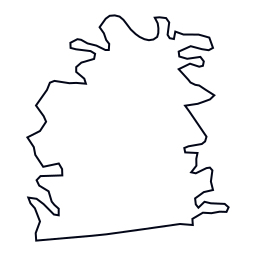 the district of Maximiliano de Almeida, Rio Grande do Sul, Brazil
{"feature_id": "56859067B14232975960576", "entity_name": "Maximiliano de Almeida", "entity_type": "district", "adm_level": 2, "iso_a3": "BRA", "parent_name": "Brazil", "parent_adm1": "Rio Grande do Sul", "projection": "robinson", "projection_center": [-51.805, -27.596], "detail": "fine", "context": "isolated", "style": "outline", "palette": "ink", "viewbox_px": 256, "rotation_deg": 0, "n_neighbors": 0, "source": "geoboundaries", "source_scale": "gbopen_adm2", "svg_char_len": 1704}
<svg xmlns="http://www.w3.org/2000/svg" viewBox="0 0 256 256"><path d="M99.6,27.2L103.9,33.3L106.2,40.0L109.2,43.9L108.8,50.0L105.4,50.0L96.4,45.6L87.5,43.4L81.1,39.8L77.4,39.2L70.4,42.8L70.6,47.9L76.0,49.3L90.6,51.1L95.1,53.8L94.1,58.9L81.4,62.6L76.2,67.1L76.2,71.9L84.3,78.7L85.9,83.7L76.2,82.9L69.4,83.2L54.4,80.9L49.9,82.7L47.0,89.9L36.0,105.5L43.7,116.2L46.1,121.7L40.0,131.0L27.4,137.4L33.8,147.1L35.3,154.9L43.2,166.8L58.8,163.5L62.1,169.1L62.3,175.4L40.5,176.1L36.6,180.2L39.2,185.6L48.6,191.3L51.7,201.6L54.4,204.9L58.7,208.7L58.7,215.3L53.9,214.5L43.6,204.1L36.6,198.8L28.3,197.6L30.5,203.3L34.9,208.3L40.0,221.5L35.7,233.1L36.2,240.6L91.8,235.8L106.5,234.3L143.4,229.2L180.0,224.0L192.8,225.0L192.4,218.9L202.9,212.7L211.4,213.2L219.6,211.7L226.5,211.9L228.6,207.3L224.7,203.9L210.8,203.3L204.5,201.8L198.4,207.7L195.8,204.4L195.1,198.4L203.8,192.1L213.0,190.0L210.9,181.5L212.4,170.4L209.9,167.6L206.5,168.1L195.8,173.3L191.2,172.3L196.4,165.7L196.3,158.8L197.5,153.0L185.2,152.4L184.3,148.0L188.5,146.3L201.8,144.0L205.1,141.4L206.5,136.7L189.4,111.6L185.1,105.7L197.8,103.8L203.2,101.9L210.0,99.4L214.3,95.3L205.5,89.7L199.2,85.5L195.2,84.8L190.5,82.5L188.3,79.7L178.7,69.2L190.0,63.7L199.2,66.7L202.9,65.8L203.8,61.4L200.4,56.9L187.2,58.8L179.3,56.5L178.7,51.6L190.7,46.2L202.0,49.2L208.7,50.2L213.0,47.9L209.3,37.6L203.0,35.8L198.6,34.6L183.4,34.5L175.3,31.6L173.9,39.0L169.7,38.2L167.6,34.8L169.2,22.5L166.1,18.1L159.5,17.3L154.8,17.7L157.7,23.3L158.4,28.2L158.3,33.0L157.2,36.9L153.4,39.5L148.9,40.2L144.4,39.2L139.6,36.9L135.7,34.1L130.8,29.5L126.1,23.3L123.4,19.8L119.6,16.6L114.8,15.4L109.7,15.8L105.7,18.7L102.4,23.3L99.6,27.2Z" fill="none" stroke="#020617" stroke-width="2"/></svg>